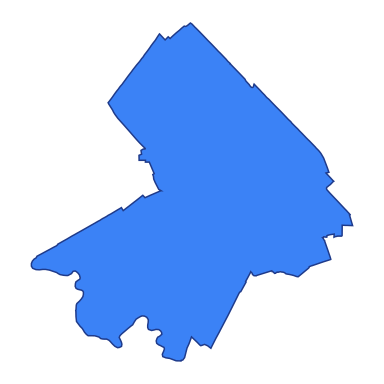 Potlogi, Dâmbovita, Romania
{"feature_id": "2599482B54531699533489", "entity_name": "Potlogi", "entity_type": "district", "adm_level": 2, "iso_a3": "ROU", "parent_name": "Romania", "parent_adm1": "Dâmbovita", "projection": "mercator", "projection_center": [25.597, 44.573], "detail": "fine", "context": "isolated", "style": "filled", "palette": "blue", "viewbox_px": 384, "rotation_deg": 0, "n_neighbors": 0, "source": "geoboundaries", "source_scale": "gbopen_adm2", "svg_char_len": 5773}
<svg xmlns="http://www.w3.org/2000/svg" viewBox="0 0 384 384"><path d="M181.0,361.0L181.2,360.3L182.1,360.2L182.5,360.1L182.9,359.9L183.2,359.6L183.8,358.6L184.2,358.2L184.6,357.6L187.0,348.1L188.8,344.2L189.7,341.9L191.5,336.9L194.8,340.0L197.3,342.4L199.8,345.0L200.8,345.7L204.6,344.4L207.7,345.8L210.9,348.3L211.9,346.2L215.9,338.3L219.7,331.3L220.0,330.6L220.6,329.5L227.9,315.6L232.9,305.6L235.4,300.6L239.0,293.3L239.8,292.1L240.8,291.6L244.9,284.2L246.1,282.0L245.6,281.4L246.7,279.6L250.2,273.0L250.7,271.7L251.3,272.4L252.2,273.3L252.5,274.5L254.0,275.7L256.3,275.8L256.8,275.4L271.7,270.8L272.1,271.6L272.6,271.5L273.4,272.2L274.0,272.8L274.7,273.4L275.6,273.2L276.0,272.8L276.5,272.4L277.4,272.1L277.9,272.3L279.0,272.0L280.5,271.7L281.1,271.9L282.0,272.1L282.9,272.1L283.4,272.3L284.7,272.7L285.5,273.6L286.7,274.0L289.2,274.4L291.9,275.0L293.8,275.5L296.5,276.5L297.5,276.7L298.3,276.7L299.1,276.0L303.1,272.7L308.4,268.3L309.1,267.5L309.3,266.6L310.8,266.1L312.2,265.5L312.3,265.6L323.4,261.8L326.9,260.7L330.6,259.5L330.8,259.4L330.6,258.5L330.4,257.9L330.0,256.6L329.1,254.0L328.2,251.3L324.9,241.8L324.8,241.6L324.7,240.7L323.9,239.8L323.3,238.6L322.7,237.8L323.1,237.8L323.4,237.5L323.5,236.9L324.5,236.9L325.2,237.0L326.2,237.2L326.9,237.0L326.9,235.7L327.4,235.4L329.6,234.8L330.7,234.6L331.4,234.5L331.8,234.4L332.5,234.3L334.2,234.1L334.0,236.5L334.0,237.2L335.0,236.7L337.0,236.3L337.6,236.1L341.3,236.1L341.6,236.1L341.8,236.0L342.1,235.5L342.2,225.2L343.9,225.3L345.6,225.4L347.4,225.4L349.7,225.5L352.6,225.6L351.2,220.9L350.3,217.7L349.5,215.0L350.1,214.9L350.2,214.7L348.4,212.7L347.6,211.9L346.6,210.7L345.1,209.2L338.8,202.5L329.8,193.0L328.2,191.2L326.8,189.6L326.6,189.0L326.5,188.3L326.6,187.8L326.8,187.3L327.4,186.9L328.9,185.6L330.3,184.6L333.5,181.3L333.7,181.2L333.1,180.7L326.0,173.0L327.0,172.7L327.3,172.6L327.8,172.5L328.5,172.4L328.9,172.3L327.2,167.4L324.5,160.3L323.7,158.2L323.2,157.3L321.2,153.9L320.4,152.7L318.6,150.5L316.0,147.9L315.4,147.1L309.0,140.5L308.9,140.5L308.4,140.0L305.9,137.5L302.2,133.6L299.7,131.1L297.7,128.9L295.2,126.5L294.1,125.4L291.8,123.1L291.3,122.3L290.4,121.3L289.5,120.5L288.2,119.3L283.3,114.1L282.8,113.6L281.1,111.8L278.4,109.1L276.4,107.1L275.8,106.5L272.3,102.9L270.4,100.9L269.2,99.6L268.1,98.6L267.4,98.1L266.0,96.7L264.6,95.0L262.1,92.5L260.3,90.5L256.1,86.2L254.1,84.1L253.7,85.1L253.6,86.1L253.5,86.5L253.1,87.1L252.7,87.4L252.2,87.5L251.7,87.4L251.3,87.2L250.6,86.6L250.3,86.2L249.5,85.2L249.3,84.7L246.7,81.9L245.6,80.6L245.1,79.3L241.6,75.6L232.6,66.3L230.3,63.9L230.0,63.9L230.0,63.5L230.1,63.4L228.1,61.6L227.7,61.2L227.4,60.8L227.1,60.5L226.8,60.1L225.8,58.9L224.8,57.9L220.6,53.5L218.3,51.3L217.3,50.2L213.5,46.2L211.5,44.1L209.0,41.6L207.8,40.4L206.3,38.8L202.0,34.3L197.6,29.8L195.7,27.9L195.0,27.3L194.4,26.6L193.8,26.0L192.4,24.5L192.0,24.1L191.6,23.8L191.2,23.6L190.6,23.1L190.4,23.0L190.2,23.2L190.0,23.3L187.9,25.1L186.5,26.1L186.0,26.3L185.5,26.4L185.0,26.4L184.6,26.2L184.3,26.1L184.2,26.1L181.4,28.4L179.5,30.2L176.4,32.7L172.6,36.1L170.1,38.5L168.2,36.8L167.6,37.4L165.1,39.9L159.5,33.9L159.4,34.0L158.5,35.3L157.5,36.8L155.8,39.5L155.0,40.7L153.6,42.4L150.7,46.3L150.1,47.3L147.5,50.9L144.7,54.5L144.0,55.5L143.8,56.0L143.5,56.3L143.1,56.9L142.8,57.5L142.4,57.8L141.6,58.7L141.0,59.6L140.4,60.4L139.6,61.5L137.8,63.6L136.6,65.0L132.7,70.0L131.5,71.7L129.0,74.9L126.1,78.8L125.3,80.0L125.1,80.2L122.6,83.6L122.5,83.8L122.3,84.1L120.6,86.0L119.7,87.1L118.6,88.7L118.1,89.4L117.4,90.2L116.0,92.0L115.2,93.1L114.0,94.8L112.2,97.4L109.4,101.1L109.2,101.4L108.5,102.2L108.1,102.7L108.9,104.3L112.6,110.1L113.2,111.4L113.7,112.4L115.1,114.6L117.9,118.4L124.2,125.4L129.2,131.1L136.4,139.4L139.7,143.0L143.2,146.5L145.2,148.4L145.0,149.0L144.6,149.0L143.3,149.0L141.0,150.4L141.0,150.5L141.6,154.2L139.0,155.3L139.1,160.3L142.3,160.3L145.5,160.3L145.4,162.1L149.3,162.1L154.2,173.7L152.8,174.5L153.5,176.6L153.7,179.0L155.2,182.5L158.7,189.3L161.0,190.7L160.9,190.7L160.5,190.9L155.6,193.0L150.7,195.1L145.0,197.7L142.8,195.3L142.5,195.5L139.8,197.7L123.2,210.6L121.4,207.6L119.8,208.6L118.2,209.5L110.9,213.9L108.2,215.3L106.6,216.4L104.1,217.8L102.7,218.5L101.1,219.5L100.0,220.3L99.6,220.5L99.2,220.7L98.2,221.2L85.6,228.4L76.7,233.4L74.6,234.6L72.2,235.9L68.5,238.1L67.0,239.0L61.8,241.9L58.3,243.9L58.1,243.9L57.8,244.4L57.4,244.9L57.1,245.2L56.3,245.9L54.1,247.0L41.9,253.6L37.4,256.0L37.0,256.2L36.1,257.9L34.1,259.1L32.4,261.1L31.4,263.5L31.4,266.2L32.7,268.3L35.9,269.6L39.4,269.8L42.8,269.4L45.6,269.4L49.5,270.1L54.2,271.7L56.6,272.5L58.2,273.6L60.1,274.6L63.7,275.3L66.1,275.5L67.9,275.5L71.5,273.6L73.1,271.3L75.2,271.0L76.4,271.7L78.0,273.1L79.4,274.9L80.2,277.9L79.7,279.3L78.0,280.3L75.9,281.9L75.4,283.6L75.2,286.4L76.1,288.4L77.8,289.3L81.6,290.2L82.8,291.0L83.4,292.0L83.4,294.3L82.9,296.6L81.4,298.9L79.5,301.1L76.9,303.5L76.3,305.0L76.0,309.6L75.7,310.6L75.9,311.5L76.0,316.6L76.5,321.5L80.1,326.3L82.2,328.4L83.3,330.1L84.5,332.2L86.4,334.4L88.1,335.7L90.6,335.7L94.8,335.8L98.9,337.0L100.8,338.6L102.7,339.0L104.4,339.1L106.7,339.1L108.9,340.2L110.2,341.4L112.5,344.0L114.9,346.3L117.6,347.7L119.5,347.4L121.5,346.4L121.9,344.2L121.4,342.2L120.4,339.9L119.2,337.5L119.9,335.7L122.0,333.6L125.1,331.0L128.1,328.4L131.3,325.8L132.7,324.8L134.3,321.9L136.1,319.2L138.4,317.7L140.5,316.5L142.1,315.9L144.5,316.1L146.8,317.3L148.3,319.7L148.2,322.3L147.7,325.2L147.7,327.6L148.5,329.4L151.6,330.5L154.3,329.9L156.0,329.4L158.9,329.6L160.6,330.9L161.6,332.5L161.8,334.3L159.5,336.3L157.7,337.2L156.9,338.7L156.2,340.9L156.7,343.3L158.6,344.8L160.5,345.6L162.5,346.7L164.0,347.4L164.4,349.0L163.6,351.3L162.3,354.3L162.8,356.6L165.8,357.8L169.7,358.4L172.7,359.5L176.1,360.8L180.4,360.9L181.0,361.0Z" fill="#3b82f6" stroke="#1e3a8a" stroke-width="1.5"/></svg>